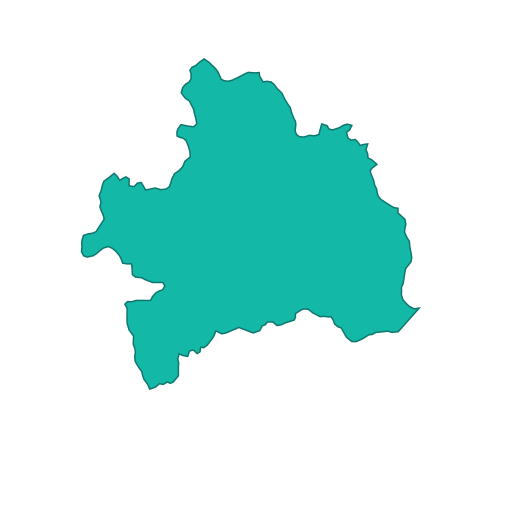 the district of Porteirão, Goiás, Brazil, rotated 26°
{"feature_id": "56859067B4903361773953", "entity_name": "Porteirão", "entity_type": "district", "adm_level": 2, "iso_a3": "BRA", "parent_name": "Brazil", "parent_adm1": "Goiás", "projection": "orthographic", "projection_center": [-50.163, -17.922], "detail": "fine", "context": "isolated", "style": "filled", "palette": "teal", "viewbox_px": 512, "rotation_deg": 26, "n_neighbors": 0, "source": "geoboundaries", "source_scale": "gbopen_adm2", "svg_char_len": 3560}
<svg xmlns="http://www.w3.org/2000/svg" viewBox="0 0 512 512"><g transform="rotate(26 256 256)"><path d="M218.8,422.3L223.2,417.8L225.2,413.1L228.9,412.1L231.6,408.1L234.8,408.0L236.8,405.7L238.8,397.8L236.8,393.6L234.9,389.8L233.3,385.9L230.9,383.0L229.7,377.6L233.5,377.6L238.6,376.2L237.9,370.5L241.0,367.9L245.8,369.5L247.6,366.7L246.3,362.1L249.3,361.3L251.2,357.6L252.3,352.4L253.2,347.4L252.8,340.9L259.3,341.0L262.7,338.4L267.2,333.2L272.0,327.7L287.2,326.4L292.1,321.4L292.2,315.9L294.5,313.8L295.2,310.3L300.1,307.9L305.4,309.3L308.9,306.7L311.6,303.3L315.6,299.6L318.5,296.7L318.2,293.5L316.7,290.5L320.8,283.8L323.4,282.0L326.6,281.0L332.0,282.2L340.2,282.4L344.0,280.2L347.4,279.2L350.0,277.7L353.1,279.5L356.6,282.7L360.7,283.7L364.2,283.3L368.9,286.6L372.8,289.3L376.4,290.2L379.7,290.9L383.7,288.9L386.9,285.2L389.4,281.6L391.9,277.4L394.8,275.6L397.1,272.3L407.4,265.8L411.7,265.0L417.0,261.7L425.5,231.3L421.1,234.2L415.4,234.0L411.2,232.6L407.2,230.9L403.6,227.0L402.4,224.2L400.4,220.3L400.3,216.1L397.2,206.2L396.0,201.8L397.0,197.4L397.8,193.2L396.7,189.3L394.1,185.4L390.5,180.7L387.3,175.5L383.4,173.1L379.0,169.4L377.7,165.7L376.7,161.6L373.7,157.7L369.3,156.4L364.6,155.0L362.7,150.8L358.5,152.1L354.3,151.7L348.7,151.1L343.5,150.4L339.9,148.8L337.0,145.9L335.3,143.2L331.4,140.1L328.6,136.5L324.9,133.2L321.3,129.7L321.7,126.4L324.5,120.6L321.5,119.8L317.9,118.8L313.5,118.7L312.0,115.8L308.2,112.0L307.3,106.3L304.3,108.2L301.2,110.9L297.1,108.7L294.0,107.8L290.8,110.2L287.0,109.7L283.1,105.2L284.9,101.6L284.9,96.6L280.1,97.5L277.1,100.4L274.8,104.0L269.5,109.2L265.7,109.9L262.8,107.7L257.2,108.5L258.2,114.2L259.3,119.2L255.7,122.5L251.2,124.1L247.0,128.0L243.0,129.7L239.4,129.2L236.3,126.4L234.2,120.4L232.4,117.7L229.3,115.4L225.0,111.4L221.7,107.5L218.4,105.8L213.3,102.6L207.8,98.2L201.6,96.2L197.1,93.9L193.3,92.9L189.3,94.2L186.1,96.4L180.4,92.8L178.5,89.7L175.4,91.6L168.5,94.4L166.0,97.3L163.3,101.1L157.8,108.2L154.4,111.1L150.4,112.5L147.1,112.3L144.5,110.0L141.4,107.5L137.9,105.5L135.1,104.5L132.2,103.7L129.0,102.5L123.0,101.6L120.5,106.1L118.4,111.1L115.8,114.4L115.2,118.0L117.7,120.6L120.0,125.3L119.6,129.1L117.4,132.4L116.3,136.7L117.2,142.0L123.0,145.1L128.2,145.9L131.6,148.5L135.3,151.2L137.8,154.4L141.6,158.7L144.8,163.1L143.5,167.0L138.3,169.0L131.0,170.8L130.2,174.9L130.4,178.9L132.4,182.7L135.5,182.8L138.8,182.0L142.6,183.0L146.5,186.4L150.4,190.6L153.5,195.7L150.6,202.0L151.0,207.9L149.4,212.9L146.7,217.8L146.6,223.5L147.3,227.6L147.8,231.5L146.0,235.1L141.3,238.1L135.5,239.1L131.6,242.2L127.8,245.0L124.2,242.6L120.6,240.2L117.5,242.4L116.1,247.0L111.2,248.6L108.1,242.3L104.4,241.9L102.1,244.9L100.3,247.7L96.3,245.2L92.2,243.9L89.6,249.7L86.5,255.4L86.9,259.8L88.1,265.0L88.6,270.5L93.0,275.4L94.2,280.4L98.0,283.9L101.1,286.6L103.4,289.5L102.5,296.2L101.6,304.3L98.8,307.4L95.5,309.7L91.9,313.1L92.6,317.3L93.5,320.5L95.3,323.5L97.3,328.6L101.0,331.4L104.7,331.0L109.6,327.1L111.6,323.8L113.1,320.2L115.3,315.8L119.2,312.2L123.6,312.1L128.0,313.2L132.6,315.2L135.1,316.9L139.3,320.9L143.8,319.5L147.5,317.6L149.8,321.1L153.1,326.9L157.0,327.8L162.6,325.7L167.2,325.8L174.5,325.2L178.8,323.1L183.9,320.7L187.3,322.9L186.7,327.6L183.7,330.5L182.0,333.4L180.8,337.9L180.7,342.2L167.7,348.5L164.4,351.6L160.5,353.3L159.3,356.8L163.2,359.6L167.8,369.5L169.9,373.3L174.4,378.1L181.0,381.6L184.3,389.0L188.0,392.6L190.0,395.9L191.0,399.6L193.5,403.5L197.1,406.1L200.5,408.2L203.7,409.7L206.1,412.6L209.4,416.0L215.0,418.9L218.8,422.3Z" fill="#14b8a6" stroke="#0f766e" stroke-width="1.5"/></g></svg>